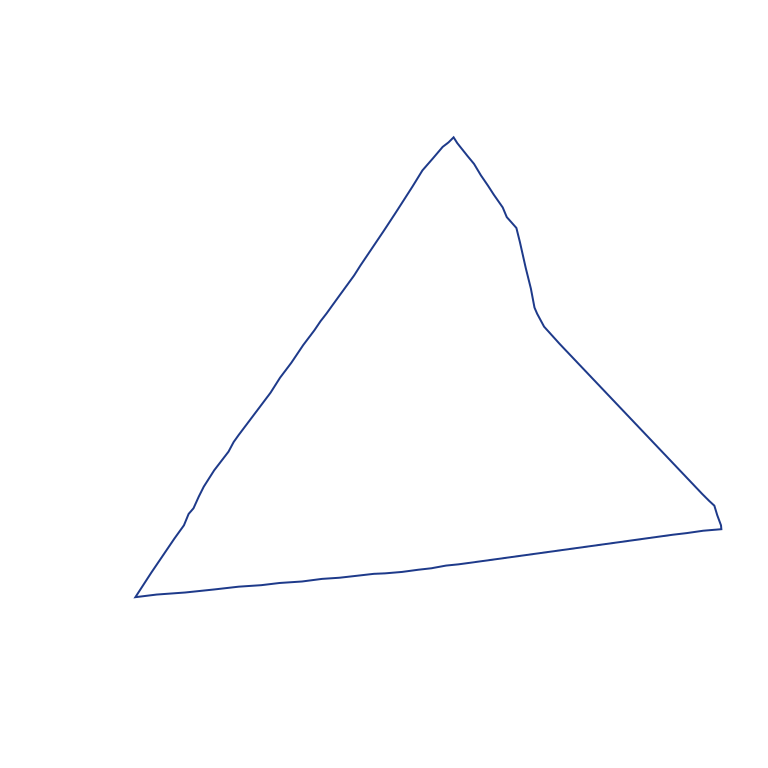 the district of Ain Al-Tamur, Karbala', Iraq, rotated 76°
{"feature_id": "34846034B94422481549269", "entity_name": "Ain Al-Tamur", "entity_type": "district", "adm_level": 2, "iso_a3": "IRQ", "parent_name": "Iraq", "parent_adm1": "Karbala'", "projection": "orthographic", "projection_center": [43.515, 32.483], "detail": "fine", "context": "isolated", "style": "outline", "palette": "blue", "viewbox_px": 768, "rotation_deg": 76, "n_neighbors": 0, "source": "geoboundaries", "source_scale": "gbopen_adm2", "svg_char_len": 1096}
<svg xmlns="http://www.w3.org/2000/svg" viewBox="0 0 768 768"><g transform="rotate(76 384 384)"><path d="M530.7,676.8L533.3,655.5L538.2,627.4L542.3,598.3L545.5,574.0L549.5,551.8L551.8,533.5L555.8,511.3L558.1,491.3L561.2,474.1L563.5,456.8L565.7,440.0L568.0,428.7L570.7,412.0L572.5,395.8L574.3,382.3L574.4,380.1L575.2,367.7L577.0,355.3L577.9,347.2L600.1,140.4L601.9,126.4L603.6,109.7L606.5,91.8L602.7,91.2L591.9,92.4L582.0,92.9L575.9,96.9L567.4,102.0L393.2,200.7L386.8,204.3L367.1,214.8L352.9,218.4L346.3,219.5L326.9,218.4L305.7,218.4L279.2,217.8L264.6,217.8L251.8,224.5L241.4,226.1L226.8,231.7L216.8,235.1L205.0,239.5L192.2,243.4L182.8,247.9L168.1,254.6L161.5,256.8L165.2,263.0L168.1,269.7L177.0,282.1L186.0,295.0L199.2,308.5L210.9,320.9L220.4,331.0L235.0,346.8L263.3,378.2L271.4,386.7L287.4,405.8L295.9,415.9L301.6,422.6L307.8,430.5L314.9,438.4L326.7,453.0L340.9,468.7L352.7,483.3L365.0,496.2L398.2,537.2L403.9,543.9L412.0,551.2L426.7,569.7L440.0,583.7L448.5,591.0L458.5,598.9L462.8,605.0L472.7,612.3L483.2,624.7L510.8,655.5L530.7,676.8Z" fill="none" stroke="#1e3a8a" stroke-width="2"/></g></svg>